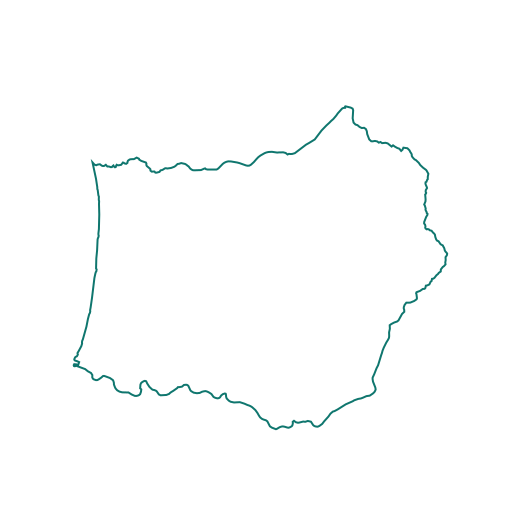 the district of Uatucarbau, Viqueque, East Timor, rotated 107°
{"feature_id": "22284137B52677210689185", "entity_name": "Uatucarbau", "entity_type": "district", "adm_level": 2, "iso_a3": "TLS", "parent_name": "East Timor", "parent_adm1": "Viqueque", "projection": "mercator", "projection_center": [126.683, -8.704], "detail": "fine", "context": "isolated", "style": "outline", "palette": "teal", "viewbox_px": 512, "rotation_deg": 107, "n_neighbors": 0, "source": "geoboundaries", "source_scale": "gbopen_adm2", "svg_char_len": 6082}
<svg xmlns="http://www.w3.org/2000/svg" viewBox="0 0 512 512"><g transform="rotate(107 256 256)"><path d="M86.7,214.2L87.0,214.5L88.2,214.1L88.9,215.8L89.9,216.8L95.7,219.5L98.2,220.3L102.4,222.1L104.8,223.6L107.3,224.9L110.5,226.8L116.8,230.0L127.4,233.9L132.5,238.4L134.9,240.7L146.3,248.9L147.8,251.2L148.4,252.8L148.7,254.4L149.7,255.5L148.8,257.8L148.9,260.2L150.1,264.0L150.9,266.0L151.7,271.2L152.2,272.6L152.9,274.5L154.0,276.4L155.1,277.8L158.6,281.1L160.8,282.7L163.4,284.0L166.8,285.5L170.3,287.6L171.5,288.8L172.1,290.3L172.3,291.9L172.0,299.1L172.1,301.4L172.9,307.6L173.6,310.2L174.6,311.9L176.0,313.5L177.6,314.7L182.7,317.3L184.1,318.2L184.9,319.1L187.5,327.8L187.6,329.3L187.1,330.3L187.7,331.2L189.9,333.7L192.1,340.1L192.4,341.5L192.2,342.9L191.6,344.5L190.0,346.7L189.7,347.9L189.1,349.1L188.7,350.8L189.0,354.7L190.4,356.7L190.9,357.9L193.4,359.3L194.6,360.3L196.6,362.9L198.3,366.5L198.4,367.9L198.9,368.8L200.6,370.2L201.3,371.0L202.0,372.3L203.8,372.9L205.4,375.5L205.7,376.6L204.9,377.8L205.8,380.5L205.2,381.9L203.9,382.4L203.3,383.4L201.9,386.7L201.0,387.5L199.7,387.8L198.8,388.6L198.6,393.5L198.0,395.8L197.2,396.4L196.8,398.9L199.0,401.0L200.0,403.9L200.7,405.1L202.3,406.3L203.3,406.4L204.6,406.2L205.8,407.1L205.9,408.9L205.5,409.7L205.5,410.6L208.2,411.6L209.4,413.8L209.7,414.9L209.5,415.9L210.8,416.2L211.8,416.1L212.4,416.8L212.0,417.9L211.1,418.8L211.8,419.3L213.1,419.8L213.5,420.8L213.4,422.2L213.5,423.3L213.9,424.3L212.7,426.3L214.2,427.5L214.7,428.6L214.7,429.9L213.9,432.1L214.9,434.2L215.9,435.3L215.9,437.1L214.3,439.7L228.9,431.6L236.4,428.0L238.4,427.3L239.1,426.7L244.0,424.5L245.2,423.6L247.8,422.9L248.8,422.5L249.3,422.1L252.3,421.3L262.2,418.0L276.2,414.1L280.6,413.3L282.0,412.8L282.5,412.4L283.9,412.2L285.3,412.4L286.6,412.3L297.1,409.6L305.0,408.0L314.7,405.3L315.4,404.5L317.3,404.2L318.2,404.5L319.5,404.5L324.3,404.1L343.9,400.6L353.6,399.1L356.3,398.8L357.5,398.3L359.1,398.2L360.5,398.5L365.5,398.3L373.2,397.5L386.2,397.2L388.1,397.4L389.4,397.2L390.6,396.7L391.6,396.7L393.3,396.7L398.9,397.8L400.8,398.3L401.4,398.2L402.2,397.6L403.1,397.7L404.3,398.0L405.2,399.0L406.0,399.4L407.9,399.6L408.7,399.0L408.9,398.4L408.9,396.3L409.2,394.1L412.5,394.2L412.1,395.7L412.6,398.2L413.7,398.4L414.5,397.8L414.5,397.3L414.3,396.8L413.3,395.5L413.3,395.2L413.6,395.1L414.1,386.3L415.4,383.1L416.1,379.6L417.7,377.7L419.9,377.1L421.0,376.1L421.4,375.0L421.5,372.7L421.0,371.4L419.8,370.2L417.5,368.4L415.5,367.2L415.1,366.3L415.1,364.9L415.4,360.0L416.5,356.6L417.3,355.8L418.9,354.8L420.4,354.3L422.5,352.7L423.7,351.6L425.0,349.5L425.6,346.9L425.5,344.1L423.8,338.0L424.8,334.4L425.2,331.0L424.8,329.5L424.0,328.1L423.1,327.1L422.0,326.4L419.4,326.3L417.1,326.7L416.4,328.1L412.9,328.9L411.3,328.8L409.9,328.0L408.5,326.7L407.9,325.8L407.9,324.4L409.7,322.8L412.3,319.7L413.9,316.5L414.1,315.4L413.9,314.0L414.1,312.2L414.5,311.3L416.8,308.4L417.1,306.5L415.1,301.1L413.2,298.7L412.3,298.3L410.9,297.3L409.4,295.9L405.3,292.7L404.3,292.4L403.8,291.0L402.6,288.6L400.4,287.2L399.7,285.6L399.4,284.6L399.6,283.5L400.0,282.7L403.6,279.5L404.2,278.5L404.9,275.7L404.5,272.4L403.4,269.8L401.6,267.9L400.7,266.4L400.0,264.9L399.9,263.6L400.1,261.6L401.0,258.3L403.2,255.4L403.5,253.8L403.5,252.2L403.3,250.9L402.5,249.7L401.7,249.1L399.5,248.5L397.8,247.3L396.6,245.6L396.6,244.7L397.6,244.1L399.4,243.4L400.8,242.4L402.3,239.7L402.8,237.7L402.5,234.2L400.5,228.7L400.6,223.8L401.0,220.6L401.0,219.1L401.2,217.3L401.7,215.5L403.5,211.6L405.7,208.7L407.7,206.6L409.1,204.9L410.0,202.7L410.2,200.9L410.2,198.5L410.8,196.8L414.8,192.9L415.5,190.6L415.8,186.3L415.2,185.5L412.9,183.4L411.7,181.8L411.1,180.5L410.9,178.7L410.9,175.9L410.7,174.6L409.8,173.4L408.4,172.1L407.5,171.7L405.4,171.8L403.8,172.4L402.5,171.5L403.3,169.3L403.2,167.2L402.8,166.2L400.5,162.4L400.2,160.5L398.6,158.2L398.4,155.0L401.0,151.9L401.4,151.0L401.6,149.7L401.5,148.5L401.2,147.1L400.0,145.7L397.2,143.6L394.2,142.5L388.4,139.8L385.0,138.7L382.3,137.0L381.4,135.6L378.9,133.1L371.6,126.8L366.6,121.0L365.3,119.9L362.8,116.5L361.6,114.1L360.4,112.5L357.7,109.4L356.3,106.4L353.3,104.0L351.5,103.0L349.8,102.6L348.5,102.6L346.8,103.5L341.9,107.4L339.4,108.6L338.1,108.9L334.6,108.4L328.1,107.9L324.8,107.3L314.0,107.3L312.1,107.2L309.5,107.3L306.2,107.0L300.7,106.1L297.3,105.2L295.4,104.9L293.7,105.2L290.1,106.4L286.5,106.7L283.1,107.9L281.6,106.8L279.2,104.4L277.4,101.9L275.9,100.9L268.7,99.4L266.0,97.9L264.2,98.5L262.9,99.4L261.7,99.7L259.4,99.6L256.7,98.6L255.5,94.9L252.8,91.6L250.5,89.8L249.6,89.7L248.7,90.0L245.6,91.4L244.8,92.0L243.7,91.9L241.4,88.9L238.8,86.9L238.1,85.2L237.1,84.7L234.7,84.9L234.1,83.7L232.5,81.9L229.5,81.5L228.7,80.8L226.4,81.0L225.9,79.9L224.8,79.0L221.6,77.8L220.0,76.7L218.7,76.3L216.8,74.8L214.8,75.3L211.9,74.2L210.8,73.3L208.6,72.3L206.9,73.1L204.5,73.4L201.7,74.4L199.6,73.7L198.0,73.8L197.2,74.6L196.5,75.9L195.6,77.0L193.6,78.2L192.8,78.9L192.2,79.7L191.3,80.4L190.8,82.9L188.5,85.8L188.4,87.3L187.5,88.5L185.5,90.0L183.2,91.2L182.3,92.5L181.9,93.5L180.5,95.5L180.6,97.4L180.1,98.2L180.0,99.6L180.6,100.5L180.1,101.9L179.3,102.5L178.1,102.6L176.6,103.5L175.8,104.7L174.3,105.1L168.9,104.7L166.6,104.1L165.5,104.3L165.1,105.2L164.1,105.7L162.8,107.0L162.0,107.5L161.0,107.6L158.4,109.3L157.6,110.2L154.2,109.9L152.2,110.4L147.7,112.2L146.9,111.8L145.9,111.7L145.1,112.5L143.4,112.9L141.0,112.3L140.2,112.8L138.1,114.6L137.0,115.2L135.9,115.4L135.2,114.7L133.2,114.6L132.4,114.2L130.0,114.9L127.0,115.2L124.4,117.9L123.9,118.7L122.7,122.1L121.0,125.5L119.3,127.6L117.5,131.2L117.3,132.6L116.5,134.0L115.7,135.3L114.7,136.3L113.5,136.7L112.6,137.4L111.5,138.8L110.1,140.1L108.7,142.7L109.3,146.7L111.6,147.0L113.1,147.9L111.5,150.3L111.4,152.5L110.8,155.2L110.1,157.3L111.7,158.3L109.8,163.0L109.9,165.3L111.2,168.4L110.6,170.3L111.7,171.7L111.0,173.5L111.2,175.9L112.2,177.9L112.6,179.3L111.4,181.8L106.9,185.3L104.3,186.5L102.5,188.0L101.8,190.1L102.7,192.3L102.3,194.7L101.2,197.2L101.2,199.3L99.9,201.7L96.1,203.8L88.2,205.7L86.8,206.7L86.4,208.8L86.7,214.2Z" fill="none" stroke="#0f766e" stroke-width="2"/></g></svg>